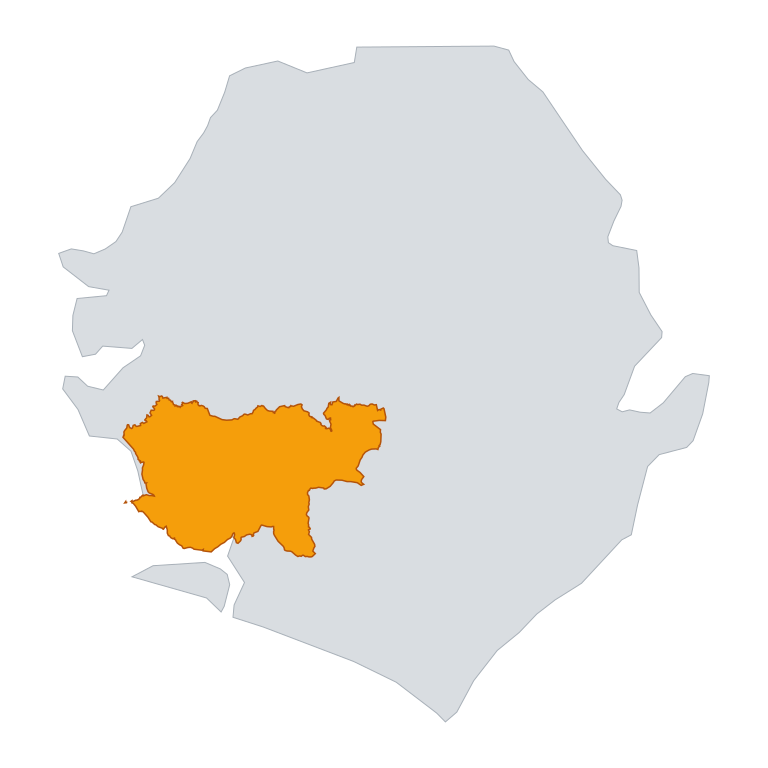 Moyamba, Southern, Sierra Leone (highlighted)
{"feature_id": "65957751B35726846399821", "entity_name": "Moyamba", "entity_type": "district", "adm_level": 2, "iso_a3": "SLE", "parent_name": "Sierra Leone", "parent_adm1": "Southern", "projection": "orthographic", "projection_center": [-12.482, 8.03], "detail": "fine", "context": "in_parent", "style": "filled", "palette": "amber", "viewbox_px": 768, "rotation_deg": 0, "n_neighbors": 0, "source": "geoboundaries", "source_scale": "gbopen_adm2", "svg_char_len": 7653}
<svg xmlns="http://www.w3.org/2000/svg" viewBox="0 0 768 768"><path d="M709.3,375.7L708.8,382.5L702.7,413.8L693.1,440.7L686.7,447.4L659.2,454.6L647.6,466.5L637.6,504.8L631.3,534.8L621.8,539.8L581.5,583.3L555.1,599.9L536.7,614.1L519.2,632.5L497.2,650.5L473.7,680.7L456.8,712.1L445.4,721.9L436.7,713.1L396.2,682.2L353.7,661.5L263.2,627.0L233.0,617.3L234.1,605.0L244.5,582.5L227.6,556.1L234.2,537.0L227.6,537.0L214.7,548.5L187.1,545.2L168.8,528.7L153.9,522.7L147.4,514.4L137.8,470.9L131.0,451.2L117.2,439.0L89.4,436.0L78.0,409.5L62.7,388.9L65.2,376.2L77.8,377.0L87.6,386.2L103.3,390.0L123.0,367.8L140.6,355.8L144.7,345.3L142.5,339.5L131.9,348.4L102.7,346.1L95.5,354.2L82.4,356.7L72.4,330.7L72.9,315.4L77.1,298.5L106.5,295.7L109.0,290.2L88.6,286.6L63.2,266.9L58.7,253.4L71.3,248.9L83.4,250.9L93.9,253.8L105.2,249.0L115.9,241.6L122.2,232.1L130.9,206.7L158.4,198.2L174.7,182.6L190.1,158.5L197.2,141.5L203.6,133.0L207.6,125.7L210.5,117.6L217.4,110.2L224.7,92.2L229.6,75.8L245.4,68.0L277.8,61.0L307.0,72.9L354.3,62.5L356.8,47.1L400.1,46.8L451.3,46.4L494.0,46.1L508.7,50.1L514.1,61.6L528.2,79.5L542.9,91.9L561.2,119.1L582.6,150.7L605.6,179.3L620.4,194.8L622.1,200.2L621.0,206.4L613.9,221.0L607.8,236.8L608.4,242.7L612.8,245.7L636.7,250.5L639.0,268.0L639.2,292.4L650.9,315.0L662.1,331.6L661.6,337.6L634.6,366.2L624.2,394.6L618.9,402.5L616.7,408.9L622.2,411.8L629.6,409.9L640.1,412.2L650.1,413.0L663.3,402.8L685.3,376.7L692.7,373.5L709.3,375.7ZM224.2,606.3L221.1,612.0L206.6,598.0L132.0,576.8L153.1,565.7L204.9,562.4L220.3,568.9L227.2,574.4L229.7,584.7L224.2,606.3Z" fill="#d9dde1" stroke="#a8b0b8" stroke-width="1"/><path d="M136.2,426.4L134.9,424.8L133.2,425.4L132.5,427.9L131.6,428.5L129.7,427.6L128.6,424.8L127.6,424.7L127.2,425.2L126.8,427.9L124.7,430.5L123.9,432.0L124.2,434.9L124.1,435.3L123.8,435.0L123.0,437.3L133.5,449.1L134.4,451.1L135.6,452.4L135.6,453.5L137.4,456.4L138.1,457.9L138.0,459.2L139.1,460.1L139.3,460.7L139.7,460.5L140.4,460.9L140.4,461.9L140.1,462.1L140.4,462.6L140.6,462.9L141.2,462.4L143.5,462.0L144.0,462.3L143.6,465.0L142.4,467.9L142.5,470.0L141.9,474.1L143.1,479.4L144.5,481.5L144.8,482.9L146.3,483.0L145.9,483.3L146.7,488.1L148.1,491.8L149.3,493.0L152.7,494.3L153.9,495.2L154.3,496.1L151.9,495.6L149.3,495.6L146.4,494.7L143.4,495.8L143.4,495.2L142.6,495.2L140.6,497.3L139.8,497.4L139.8,498.1L138.7,499.3L136.9,500.2L136.0,500.1L134.5,500.7L133.6,501.3L131.9,501.0L131.9,500.7L131.1,501.3L131.4,501.4L132.1,503.0L132.5,502.9L133.3,503.4L135.6,506.2L138.8,511.7L139.7,511.3L141.5,511.5L141.8,511.1L143.4,512.1L148.0,517.3L150.9,521.8L152.1,522.1L154.7,524.5L155.9,524.8L158.1,526.7L162.6,528.4L162.7,528.9L163.5,529.2L164.8,527.1L166.2,526.2L167.3,529.8L167.3,533.1L168.4,535.6L169.7,536.0L170.6,537.5L172.6,538.7L173.6,538.8L173.6,538.4L174.5,538.1L174.7,539.4L175.7,540.0L175.9,540.8L177.4,543.1L179.6,544.8L181.7,545.8L183.1,548.2L184.2,548.5L187.9,547.5L190.5,547.3L192.6,548.1L194.0,549.2L201.9,550.2L203.3,549.4L203.1,550.9L211.2,551.9L214.7,548.6L217.8,546.8L220.9,544.2L224.4,542.4L227.5,539.5L230.4,538.0L231.8,536.3L232.8,533.8L233.6,533.0L234.3,533.0L234.6,534.8L233.9,537.6L235.5,539.5L236.4,542.7L238.0,543.3L240.5,540.9L241.1,539.7L241.0,537.8L241.4,537.2L244.4,536.5L246.6,534.9L249.7,534.2L251.7,534.8L252.1,536.4L253.3,536.0L253.7,535.3L253.3,534.5L254.0,532.9L257.9,531.4L260.6,526.2L261.4,525.1L262.0,525.1L267.0,526.6L271.2,526.9L272.3,526.5L273.6,526.5L273.7,529.5L274.1,530.0L273.6,531.6L273.7,533.7L274.4,535.3L278.1,541.3L283.3,546.3L284.1,547.7L284.5,549.8L285.1,550.4L287.0,551.0L290.6,551.2L291.9,551.8L295.5,555.0L297.9,556.5L299.6,555.9L301.2,556.3L302.5,555.3L303.5,555.3L305.3,556.6L307.2,556.4L308.9,556.9L311.1,556.9L312.3,556.5L315.3,553.6L312.8,551.1L314.0,547.7L314.9,546.5L314.6,544.3L311.7,539.2L311.5,537.4L308.6,534.4L309.4,531.7L308.5,530.2L308.5,529.7L310.1,529.1L310.2,528.7L309.4,527.3L308.5,526.9L308.6,524.6L308.1,523.3L309.0,518.2L308.8,517.3L306.9,515.7L306.4,514.6L306.8,512.7L308.8,510.0L308.3,506.6L309.2,504.0L308.8,502.8L309.4,499.8L308.9,496.3L308.6,495.5L307.6,494.7L307.5,492.6L308.5,490.4L309.4,490.4L310.2,488.6L310.9,488.1L312.8,488.5L313.2,488.2L315.8,488.1L318.5,487.3L323.7,488.0L324.2,489.0L326.2,488.8L330.2,486.3L333.3,482.6L334.3,480.9L336.2,480.0L342.0,480.2L347.1,481.6L350.9,481.6L357.3,482.7L361.2,485.4L363.7,484.3L362.0,483.0L361.3,482.0L361.2,481.1L361.6,479.6L363.8,476.6L360.1,472.5L356.9,470.2L356.2,468.9L356.3,468.2L358.2,465.9L360.2,459.9L362.0,457.3L362.9,455.0L365.3,452.1L369.0,450.0L371.5,449.1L376.2,448.9L377.9,449.5L378.4,447.5L379.2,446.7L379.2,446.2L379.7,446.0L379.2,445.5L380.2,444.3L380.8,441.7L381.1,434.1L380.3,432.3L380.5,429.6L373.3,424.1L372.8,421.7L373.2,421.2L379.2,420.4L385.4,420.6L385.8,417.1L384.0,408.7L383.3,408.0L380.8,409.2L380.7,410.1L379.1,409.5L377.6,410.5L376.3,404.7L374.4,405.0L372.2,404.0L370.9,404.1L370.2,404.3L368.9,405.7L367.2,406.3L364.0,405.1L361.7,405.2L360.0,404.2L357.6,404.5L356.5,404.1L355.1,405.4L354.8,405.1L354.4,406.1L353.2,406.2L353.0,406.7L351.8,406.0L350.7,406.1L350.0,405.0L349.3,405.4L349.1,404.6L348.7,405.0L348.2,404.6L347.7,404.8L347.5,404.2L346.8,404.6L345.9,403.8L345.1,404.0L343.2,403.4L339.5,401.2L338.9,400.7L338.9,397.4L338.0,398.1L336.3,401.4L332.8,402.0L332.0,404.7L330.7,404.7L330.3,404.1L330.6,402.2L328.8,403.3L328.2,407.0L327.0,408.3L326.4,409.8L323.5,413.2L323.9,414.5L325.0,415.4L326.4,418.8L327.3,419.3L328.3,419.2L328.9,418.9L329.2,418.3L330.5,418.0L330.7,419.8L329.5,420.3L329.5,420.8L331.0,424.2L330.4,427.6L331.8,430.4L331.7,431.1L331.2,431.3L330.7,430.9L330.7,430.1L329.7,428.4L328.5,428.2L327.0,428.7L325.8,428.6L325.5,428.2L326.2,427.8L326.1,427.4L324.4,425.9L323.2,426.1L321.8,425.5L320.7,424.1L321.0,423.5L320.3,422.5L316.6,421.1L316.6,420.6L313.4,418.0L311.8,417.6L312.0,417.1L311.4,417.1L311.3,416.7L309.6,416.3L308.7,414.7L309.0,414.3L309.1,413.0L307.5,411.8L303.9,410.8L302.3,408.9L301.4,406.7L302.1,404.9L300.9,404.0L297.9,404.5L293.6,406.3L291.4,405.9L290.7,406.3L290.6,405.9L289.7,406.9L289.1,407.0L289.0,407.6L288.3,407.7L285.1,406.6L284.7,405.6L279.6,406.7L276.3,410.0L275.8,411.1L274.9,411.5L274.9,413.0L274.5,413.2L274.2,412.6L273.3,412.6L273.0,411.3L269.5,411.1L267.5,410.5L265.3,408.4L263.5,406.0L262.6,406.0L261.9,405.5L260.1,406.5L257.9,405.8L257.5,407.1L256.0,408.2L255.0,409.5L253.5,410.4L253.2,411.8L252.1,413.7L250.6,413.7L247.7,415.0L245.9,414.3L244.6,414.1L243.8,414.4L242.7,415.7L240.0,416.9L237.8,419.3L234.8,418.7L233.9,418.8L231.9,419.9L226.5,420.2L222.0,419.6L214.9,416.3L213.2,416.3L209.9,415.3L207.3,408.5L205.2,408.3L204.2,406.7L203.2,406.0L201.2,405.4L199.9,406.0L199.4,405.5L198.6,405.5L197.9,404.2L198.2,402.6L197.4,402.4L196.7,401.1L196.2,401.1L195.6,401.7L195.3,400.7L193.2,400.9L193.2,401.7L192.4,402.1L192.0,403.3L191.5,403.0L191.2,401.8L188.0,403.2L186.7,403.4L184.7,403.5L182.6,402.3L182.2,402.6L182.6,403.3L182.4,403.9L181.7,404.5L182.6,405.6L180.7,406.5L180.2,407.2L179.8,406.4L178.8,406.8L177.9,406.0L177.3,406.6L176.3,405.3L175.1,406.0L175.0,405.0L173.5,404.6L173.1,403.1L172.5,402.3L172.5,401.4L171.3,401.7L170.5,400.2L169.2,400.0L168.6,398.3L167.1,398.4L167.0,397.3L162.9,398.1L162.4,396.5L161.6,396.0L159.8,396.6L158.6,396.1L159.2,398.0L159.0,399.2L159.6,400.4L159.3,401.2L156.3,401.5L156.1,402.9L156.9,404.5L155.0,406.1L153.2,406.0L152.8,406.7L154.6,408.9L154.4,409.9L153.6,410.4L151.2,410.2L150.0,412.9L151.6,415.3L150.0,416.7L149.1,416.9L148.1,415.3L147.0,414.9L146.6,417.9L144.9,419.7L145.0,420.4L146.3,420.8L146.9,421.8L143.8,423.4L142.4,422.4L140.3,423.6L140.6,425.5L137.1,426.4L136.2,426.4ZM125.8,502.2L125.7,501.5L124.7,502.9L126.5,502.7L126.6,502.3L125.8,502.2Z" fill="#f59e0b" stroke="#b45309" stroke-width="1.5"/></svg>